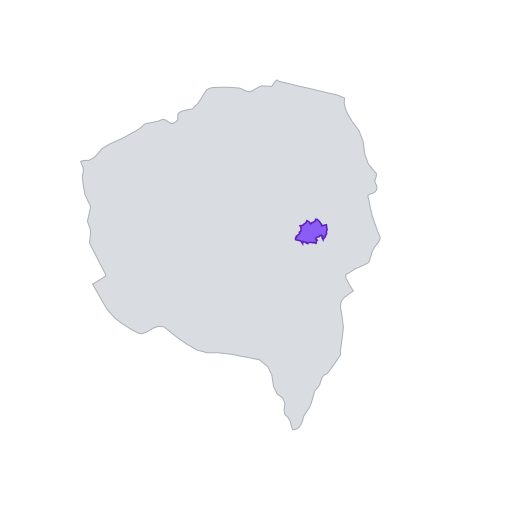 Umzingwane, Matabeleland South, Zimbabwe shown in context, rotated 240°
{"feature_id": "62879985B43566873745809", "entity_name": "Umzingwane", "entity_type": "district", "adm_level": 2, "iso_a3": "ZWE", "parent_name": "Zimbabwe", "parent_adm1": "Matabeleland South", "projection": "albers", "projection_center": [28.89, -20.328], "detail": "fine", "context": "in_parent", "style": "filled", "palette": "violet", "viewbox_px": 512, "rotation_deg": 240, "n_neighbors": 0, "source": "geoboundaries", "source_scale": "gbopen_adm2", "svg_char_len": 4051}
<svg xmlns="http://www.w3.org/2000/svg" viewBox="0 0 512 512"><g transform="rotate(240 256 256)"><path d="M348.5,411.7L344.7,409.0L339.4,407.2L332.7,406.4L324.0,406.6L313.3,407.9L301.8,406.1L289.6,401.1L279.4,399.3L267.2,401.4L266.7,401.4L264.6,399.7L261.2,396.1L255.7,395.5L254.2,394.6L252.9,393.3L252.1,391.6L251.8,389.7L252.7,383.8L252.2,383.1L250.7,382.4L247.7,381.7L240.3,379.0L231.1,376.4L216.1,373.6L210.3,372.9L208.9,372.0L207.2,369.9L204.3,363.1L201.6,358.6L195.0,351.7L194.0,349.6L194.3,344.1L194.7,339.7L195.4,335.9L195.1,332.4L194.9,328.0L195.1,325.0L194.2,323.8L191.9,322.9L185.2,322.5L177.0,322.8L176.7,318.3L175.9,311.5L174.3,307.5L172.4,305.5L168.7,303.3L161.1,300.5L150.7,296.1L141.8,289.6L131.5,281.5L128.4,280.1L124.5,272.5L118.6,259.3L118.8,254.9L117.9,252.7L112.3,246.3L111.0,243.0L109.9,239.6L100.9,230.2L97.8,226.1L95.4,220.8L93.0,216.6L91.0,214.9L88.4,212.0L86.6,208.8L85.8,206.3L86.3,203.0L87.2,200.7L95.7,202.9L100.3,203.0L103.9,201.7L108.4,203.2L113.8,207.4L119.6,208.1L125.9,205.4L134.4,206.0L145.1,210.2L154.0,210.9L164.5,207.0L173.8,196.3L182.6,186.2L191.3,174.7L196.5,165.4L204.2,157.8L214.4,151.9L224.8,147.0L240.7,140.9L243.9,136.0L244.9,130.6L244.9,123.0L245.8,118.2L247.4,116.0L250.1,114.2L253.5,112.0L264.1,106.3L273.0,102.7L283.8,100.3L295.5,100.3L306.9,100.4L313.4,100.4L313.4,107.7L313.8,115.8L315.1,116.6L323.6,116.9L337.3,117.6L350.5,118.3L358.8,124.4L361.6,125.7L370.4,127.4L381.3,137.4L394.8,138.6L403.9,141.9L412.0,145.5L416.6,149.6L419.6,150.6L423.6,151.0L425.6,151.4L425.1,154.3L422.3,159.2L422.4,166.3L426.0,176.2L426.2,184.8L424.7,199.8L424.4,214.4L424.7,219.6L425.2,223.1L425.9,225.0L425.7,227.2L423.4,233.2L421.4,239.6L421.3,242.2L420.6,244.0L419.2,245.6L413.4,248.5L412.3,250.3L412.3,253.6L413.0,256.4L415.1,257.5L417.7,259.2L418.6,261.3L418.6,263.5L417.7,267.6L415.2,274.3L417.3,282.1L419.8,287.2L423.2,293.2L424.6,296.8L424.4,299.4L423.9,301.9L418.3,312.5L414.3,319.0L409.4,326.0L403.2,330.4L401.5,332.5L400.9,334.9L401.0,340.3L400.6,345.8L395.1,354.3L398.2,361.7L397.5,362.4L395.7,363.4L387.9,371.6L380.1,379.8L374.5,385.9L368.0,392.7L360.8,400.4L354.6,407.0L348.5,411.7Z" fill="#d9dde1" stroke="#a8b0b8" stroke-width="1"/><path d="M258.0,326.1L257.8,326.0L257.6,325.8L257.4,325.5L257.2,325.2L256.8,324.7L256.7,324.7L256.7,324.2L256.8,324.1L256.7,323.9L256.7,323.7L256.6,323.4L256.6,323.2L256.5,322.9L256.6,322.7L256.5,322.4L256.6,322.2L256.7,321.9L256.7,321.7L256.9,321.6L257.0,321.5L257.0,321.4L256.9,321.2L256.7,320.7L256.7,320.2L256.8,320.1L256.7,319.9L256.4,319.9L256.4,319.7L256.4,319.3L258.8,319.1L261.2,317.8L260.8,317.3L260.3,316.4L259.7,315.4L259.5,315.2L259.8,313.7L259.2,312.7L259.4,312.0L259.4,311.9L259.5,310.8L260.3,309.3L260.3,309.2L258.0,309.2L255.0,307.3L255.0,305.4L254.8,305.3L253.6,305.1L253.2,302.7L252.9,300.6L252.0,300.7L252.0,300.4L251.8,299.2L251.2,298.9L250.5,298.4L249.5,299.2L246.7,302.3L243.2,302.5L245.1,303.9L242.2,306.5L242.2,306.3L242.2,306.0L241.6,306.2L241.4,306.6L241.5,306.6L241.4,306.8L241.3,306.7L241.1,306.9L241.7,307.0L241.0,308.7L240.5,310.3L240.4,310.4L240.2,310.5L239.0,311.8L238.8,312.1L239.2,312.6L236.9,314.2L237.3,314.8L237.9,315.1L238.8,315.7L239.0,316.9L239.0,317.0L240.0,316.7L240.4,316.6L240.7,316.5L241.0,316.5L241.3,316.3L241.7,317.5L241.9,318.1L241.5,319.3L241.2,320.2L241.1,320.8L241.8,321.6L241.6,322.2L241.4,322.9L240.4,323.4L239.8,323.7L239.7,322.6L238.7,322.4L236.4,322.2L236.7,322.5L236.8,322.6L236.9,322.8L237.0,322.8L237.1,323.0L237.3,323.2L237.3,323.3L237.3,323.5L237.4,323.8L237.4,324.0L237.5,324.2L237.5,324.3L237.6,324.5L237.7,324.8L237.8,324.9L237.8,325.0L237.9,325.4L238.0,325.4L238.0,325.5L238.3,325.7L238.3,325.9L238.5,326.1L238.7,326.3L238.8,326.4L238.9,326.5L239.0,326.5L239.0,326.8L239.3,327.1L239.4,327.3L239.5,327.4L239.6,327.6L239.7,327.8L239.8,327.8L239.8,328.0L239.9,328.3L241.9,329.1L243.2,330.8L243.6,330.8L246.0,331.8L247.2,332.3L247.9,332.6L249.3,327.9L250.1,328.5L251.1,328.5L251.1,328.4L251.6,328.4L253.2,328.3L256.9,327.5L258.0,326.1L258.0,326.1Z" fill="#8b5cf6" stroke="#5b21b6" stroke-width="1.5"/></g></svg>